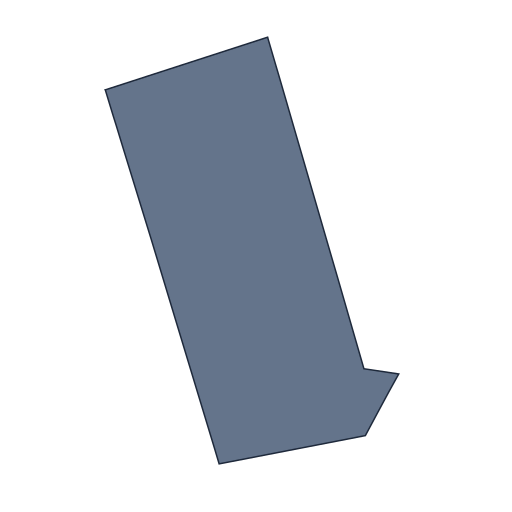 outline of 9 de Julio, Río Negro, Argentina, rotated 162°
{"feature_id": "61730980B80423249669200", "entity_name": "9 de Julio", "entity_type": "district", "adm_level": 2, "iso_a3": "ARG", "parent_name": "Argentina", "parent_adm1": "Río Negro", "projection": "mercator", "projection_center": [-67.548, -40.906], "detail": "fine", "context": "isolated", "style": "filled", "palette": "slate", "viewbox_px": 512, "rotation_deg": 162, "n_neighbors": 0, "source": "geoboundaries", "source_scale": "gbopen_adm2", "svg_char_len": 465}
<svg xmlns="http://www.w3.org/2000/svg" viewBox="0 0 512 512"><g transform="rotate(162 256 256)"><path d="M348.1,460.6L348.0,460.3L348.5,434.0L348.6,423.2L349.0,401.4L350.5,303.5L352.2,221.1L354.9,85.9L355.3,69.7L207.5,51.4L189.4,68.8L171.5,85.9L156.7,99.7L188.2,115.4L185.1,209.4L184.5,229.1L184.0,245.5L179.6,385.9L179.4,391.7L178.5,420.8L178.2,432.3L177.4,459.7L177.3,460.0L177.3,460.5L348.1,460.6Z" fill="#64748b" stroke="#1e293b" stroke-width="1.5"/></g></svg>